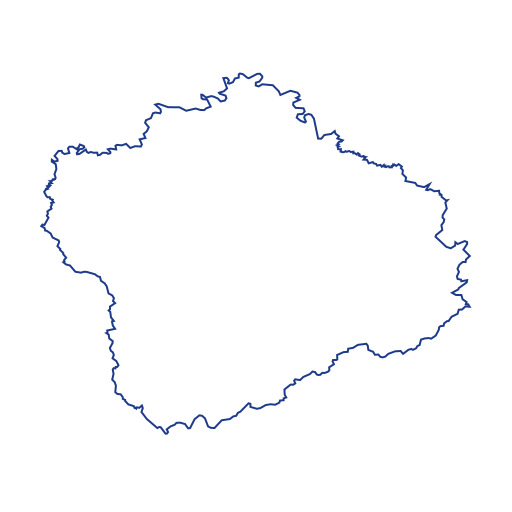 Mae Sot, Tak, Thailand, rotated 93°
{"feature_id": "78962969B92609473950758", "entity_name": "Mae Sot", "entity_type": "district", "adm_level": 2, "iso_a3": "THA", "parent_name": "Thailand", "parent_adm1": "Tak", "projection": "equal_earth", "projection_center": [98.694, 16.756], "detail": "fine", "context": "isolated", "style": "outline", "palette": "blue", "viewbox_px": 512, "rotation_deg": 93, "n_neighbors": 0, "source": "geoboundaries", "source_scale": "gbopen_adm2", "svg_char_len": 6044}
<svg xmlns="http://www.w3.org/2000/svg" viewBox="0 0 512 512"><g transform="rotate(93 256 256)"><path d="M127.1,183.9L130.2,187.3L131.6,194.1L135.4,196.9L135.5,200.1L115.9,205.3L112.1,208.1L111.4,210.9L112.9,214.5L115.2,215.1L119.2,213.2L120.1,214.1L118.6,218.7L115.7,222.6L112.3,221.6L111.7,216.8L108.9,214.9L106.0,216.3L106.0,224.2L103.3,226.8L100.8,226.7L97.7,220.5L96.0,224.1L94.3,221.0L93.0,221.0L90.7,223.1L89.2,230.3L93.9,240.1L90.4,241.8L84.6,248.1L84.2,258.7L86.5,262.2L85.7,265.2L82.9,265.2L81.6,261.7L77.7,259.1L76.3,259.1L73.8,261.6L74.1,264.4L78.8,272.4L78.4,274.1L75.1,278.6L74.6,281.6L75.5,282.7L78.8,282.6L79.8,286.3L83.6,288.1L85.3,291.8L84.9,293.1L82.0,292.3L80.6,293.3L79.6,294.5L80.1,297.9L90.1,293.7L93.2,296.7L94.9,301.5L95.8,300.8L97.4,294.8L100.0,293.8L102.4,295.3L103.5,299.4L100.7,302.4L99.1,306.5L98.7,309.1L100.4,314.2L97.8,317.8L97.8,319.1L101.4,318.6L102.2,317.1L102.3,313.0L109.2,309.1L111.1,313.4L113.0,315.3L113.1,319.1L111.9,324.0L114.6,333.3L111.5,340.2L112.0,351.5L109.1,361.4L110.1,364.5L114.5,359.0L117.1,358.5L118.5,359.2L118.0,364.1L118.9,366.4L123.8,368.1L126.2,373.0L128.8,373.7L133.1,369.8L137.2,371.6L140.0,374.6L144.0,372.6L145.6,378.3L150.6,375.8L152.7,376.7L152.7,382.5L154.7,387.2L150.8,391.6L152.5,395.7L152.3,400.7L153.3,402.1L156.9,401.2L156.4,406.9L157.2,409.5L159.9,406.8L161.0,406.9L161.7,409.1L160.8,410.6L161.0,414.7L163.2,417.1L163.7,419.2L161.1,420.0L161.4,423.6L160.8,426.5L161.8,428.7L161.0,430.3L158.6,431.5L163.3,437.6L163.8,440.0L162.6,440.4L159.9,438.6L159.1,439.9L157.9,434.6L156.4,433.1L155.2,433.7L153.9,437.7L156.6,438.8L158.4,441.2L156.4,444.8L156.7,448.2L158.4,449.4L162.9,447.8L164.2,452.6L162.9,454.9L161.2,455.5L161.4,458.7L166.6,462.4L169.7,459.3L171.3,459.1L172.3,462.3L170.6,464.9L172.4,464.9L174.8,460.8L179.6,459.9L184.9,461.5L188.3,460.2L189.7,460.6L189.8,461.8L190.5,462.0L190.2,463.1L191.8,463.8L192.0,465.3L193.0,463.7L192.8,465.7L193.9,464.1L194.3,466.5L195.6,466.7L196.3,465.0L197.6,466.2L196.9,466.9L197.2,468.2L198.5,467.1L199.5,468.6L200.0,467.7L200.8,469.5L203.1,470.9L207.4,468.3L208.3,467.0L208.0,465.1L209.8,464.4L210.4,461.9L211.4,462.3L213.1,460.9L213.8,463.4L215.7,462.5L217.6,463.6L219.4,462.7L222.4,466.7L224.6,466.0L226.8,467.0L228.5,465.2L236.1,468.9L235.8,470.9L237.4,472.0L239.1,468.6L241.6,467.9L241.8,466.2L244.3,462.2L248.2,460.1L250.8,453.9L252.5,453.3L256.6,454.8L259.2,451.8L260.2,452.0L263.1,448.6L264.2,448.7L267.6,445.5L270.2,447.5L271.6,446.9L272.3,448.1L274.4,445.2L275.2,441.3L281.2,435.5L281.8,429.8L280.8,427.2L280.7,424.5L282.6,416.0L284.6,413.0L285.1,410.7L288.9,409.5L291.2,405.7L294.1,403.5L301.1,401.3L302.8,397.6L305.5,395.7L308.5,396.4L310.4,394.2L314.2,399.2L316.8,399.0L318.1,400.3L319.5,398.6L324.9,397.6L328.3,394.6L328.8,396.3L329.9,396.2L333.0,395.3L336.1,392.9L338.2,400.7L340.3,400.3L340.8,401.4L342.2,399.0L346.1,398.2L348.4,394.7L350.5,394.7L355.5,397.1L358.3,396.0L359.7,393.9L362.2,392.8L365.7,393.9L368.2,390.0L372.3,387.6L374.0,388.7L374.1,390.3L375.6,390.5L375.5,392.3L376.8,393.1L381.2,392.1L387.0,393.1L389.4,390.5L392.9,389.1L399.3,389.4L401.0,387.3L401.2,383.9L403.9,381.7L405.7,381.5L406.5,379.2L407.6,379.1L410.9,375.7L412.3,370.2L414.1,369.3L413.8,368.6L414.7,367.6L413.4,367.0L413.7,364.6L411.3,362.1L413.8,361.1L417.8,362.2L424.4,356.6L433.0,345.5L431.8,343.7L432.0,342.2L438.2,337.0L437.9,335.5L436.4,334.6L433.8,336.1L430.5,332.2L428.8,328.4L426.8,326.7L426.4,323.2L427.5,318.1L431.6,314.8L431.3,312.8L422.2,308.8L418.1,304.2L418.4,301.4L420.9,298.4L428.6,295.0L429.9,292.3L430.0,288.5L421.8,281.6L420.2,273.6L417.4,270.3L416.6,267.4L413.6,265.9L412.3,263.5L403.5,255.7L403.9,253.9L407.0,253.6L408.5,247.1L407.7,243.8L404.3,238.4L403.3,233.7L403.5,229.0L401.2,225.0L399.1,224.5L398.6,220.9L396.7,220.9L395.7,218.4L393.0,220.1L387.8,220.6L382.6,214.7L382.6,212.2L381.2,210.1L378.6,211.4L377.1,210.4L377.6,205.5L374.3,202.4L371.1,196.0L368.4,193.5L368.9,190.8L371.1,189.2L371.6,187.6L371.2,185.5L369.2,183.8L369.2,181.2L367.8,178.1L366.4,176.8L363.3,177.1L360.0,172.5L357.3,174.0L355.8,173.6L355.6,170.1L354.9,169.4L350.6,169.8L347.4,163.5L346.9,159.3L343.8,159.1L342.6,154.2L339.4,149.6L337.9,141.2L339.7,139.7L343.9,138.9L345.5,134.1L348.4,132.1L348.0,128.6L350.2,126.6L350.6,124.1L349.7,121.6L346.8,118.8L343.9,112.0L343.3,106.6L346.0,104.0L341.7,98.9L340.7,96.1L341.5,94.4L339.8,91.3L337.5,90.1L336.3,87.9L330.9,86.9L329.5,83.3L328.9,79.1L329.4,76.7L326.0,72.3L320.1,69.6L317.6,69.4L316.4,68.1L315.9,65.0L313.4,64.6L311.1,61.9L310.9,60.3L306.4,57.5L303.2,51.7L299.0,50.7L298.7,47.5L295.4,44.2L295.5,40.0L293.1,41.6L293.1,43.9L291.0,43.3L288.4,47.4L284.2,48.9L284.5,54.2L282.5,58.3L278.8,52.2L277.5,51.9L271.3,44.2L269.1,43.9L270.5,49.6L268.9,50.0L268.4,53.4L265.9,54.3L261.3,52.5L258.2,54.1L254.1,52.4L251.1,49.2L251.1,46.4L248.5,46.1L244.8,42.5L238.8,49.2L233.0,45.8L231.0,45.9L230.2,48.4L233.5,55.2L231.8,57.6L235.2,57.7L238.1,61.9L236.9,66.4L227.4,77.7L225.7,77.3L220.3,71.3L215.5,72.5L212.4,70.4L209.6,69.9L207.9,71.7L205.4,71.7L198.7,68.0L192.7,69.7L190.3,67.8L190.6,69.0L187.3,73.7L185.4,73.9L185.2,75.4L184.5,75.0L183.8,76.2L181.3,76.6L182.0,81.4L180.1,85.5L181.3,88.0L181.0,89.5L175.1,86.4L178.4,91.7L177.3,98.7L174.7,100.8L173.3,110.7L169.8,110.2L166.4,114.1L162.7,113.8L160.6,115.9L159.1,115.0L156.8,118.4L158.7,120.7L157.4,122.6L158.3,123.3L157.6,123.9L159.0,124.4L159.0,125.2L160.3,125.0L160.5,127.5L159.6,127.8L159.5,129.4L160.5,130.8L160.0,132.5L159.0,132.0L159.1,133.1L158.5,133.2L160.3,135.1L158.5,136.5L159.4,139.8L157.8,140.8L157.3,143.4L156.1,144.2L157.5,148.3L154.2,150.2L154.1,153.6L152.3,152.2L151.8,153.0L151.3,152.0L150.9,153.7L150.3,153.1L151.2,155.9L150.3,158.5L151.0,159.1L149.0,157.9L147.9,159.6L149.4,160.9L148.1,162.8L148.3,164.2L146.7,164.2L147.2,166.6L146.3,168.5L147.2,171.1L146.6,172.1L147.7,173.6L147.8,175.3L146.8,176.4L148.1,177.2L144.9,176.8L145.0,179.6L142.4,180.3L142.2,179.2L141.1,181.0L140.1,179.2L139.2,180.3L137.7,179.1L137.1,176.5L135.9,175.4L134.4,180.9L132.1,179.4L129.7,183.0L127.1,183.9Z" fill="none" stroke="#1e3a8a" stroke-width="2"/></g></svg>